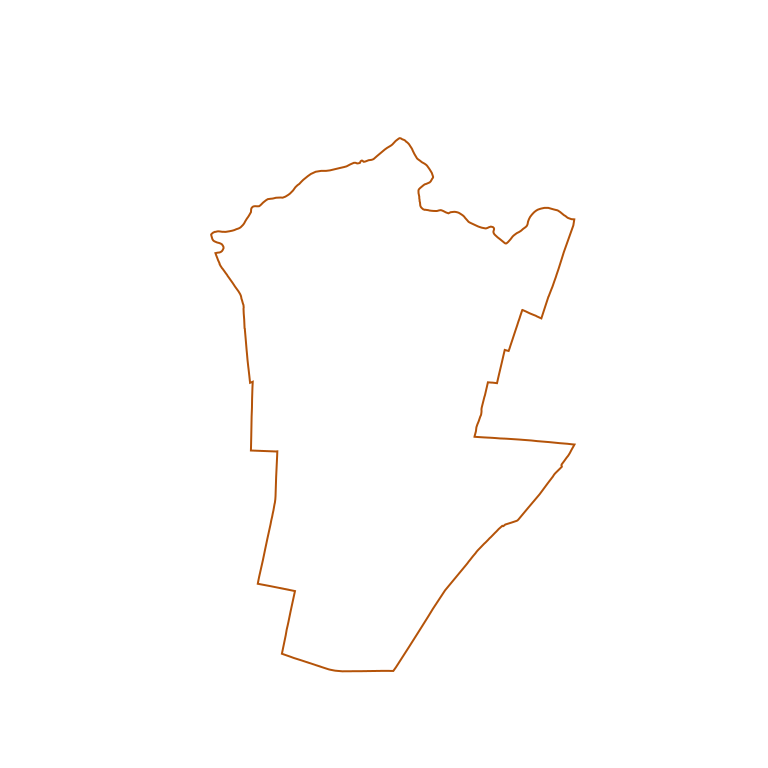 Targsoru Vechi, Prahova, Romania (Albers equal-area conic projection), rotated 140°
{"feature_id": "2599482B79986914365335", "entity_name": "Targsoru Vechi", "entity_type": "district", "adm_level": 2, "iso_a3": "ROU", "parent_name": "Romania", "parent_adm1": "Prahova", "projection": "albers", "projection_center": [25.907, 44.89], "detail": "fine", "context": "isolated", "style": "outline", "palette": "amber", "viewbox_px": 768, "rotation_deg": 140, "n_neighbors": 0, "source": "geoboundaries", "source_scale": "gbopen_adm2", "svg_char_len": 6154}
<svg xmlns="http://www.w3.org/2000/svg" viewBox="0 0 768 768"><g transform="rotate(140 384 384)"><path d="M429.0,592.6L429.9,590.2L430.8,587.5L431.5,585.6L432.4,582.3L432.6,581.8L432.8,581.7L432.9,581.4L433.1,580.4L433.3,579.8L433.3,579.1L433.6,577.2L433.6,575.5L434.0,570.4L434.1,568.3L434.2,567.9L434.3,567.5L434.4,565.9L435.0,558.6L435.5,554.4L435.9,548.7L436.4,545.4L436.9,543.7L437.5,542.4L438.3,541.1L438.9,539.5L440.1,536.9L440.4,536.2L440.9,534.8L441.7,533.7L442.1,533.0L443.2,532.0L446.2,528.1L449.7,523.2L455.0,516.3L455.1,515.7L455.9,514.7L460.8,507.7L467.5,498.2L469.7,495.0L473.2,490.0L476.8,484.6L477.7,483.2L482.0,476.7L484.5,473.0L485.8,471.0L483.1,470.1L487.1,465.8L494.6,457.4L500.4,450.7L506.3,444.2L519.2,429.4L526.3,421.3L528.7,418.6L510.3,401.9L509.0,401.0L511.9,397.8L526.3,382.2L539.1,367.9L541.3,365.6L543.9,363.2L545.0,362.4L550.0,358.2L552.6,356.2L554.8,354.4L558.0,352.0L561.3,349.3L572.6,340.6L581.9,333.3L586.7,329.5L590.0,326.9L594.2,323.7L603.4,316.7L607.3,313.6L609.1,312.1L601.4,302.7L585.3,282.6L601.8,269.8L610.1,263.2L613.2,260.8L616.3,258.5L620.9,254.6L635.6,243.0L633.0,238.6L631.2,235.6L629.2,232.1L625.5,226.3L612.5,205.3L609.8,201.0L609.0,199.9L606.6,196.9L605.6,195.7L600.4,190.5L599.1,189.5L587.1,179.5L568.3,164.2L561.3,158.2L556.7,159.4L538.7,165.0L536.1,165.8L516.6,172.0L499.2,177.6L491.2,180.3L469.8,186.7L435.4,193.0L433.0,193.6L431.8,193.8L426.6,194.9L422.4,195.6L421.4,195.9L419.1,196.3L412.4,197.0L409.6,197.3L408.5,197.3L405.2,197.6L402.0,198.0L400.9,198.0L397.8,198.3L395.0,198.6L392.4,198.8L389.2,199.2L388.2,199.2L384.6,199.3L384.5,199.0L384.4,198.8L384.1,198.6L383.9,198.4L382.0,198.4L381.4,198.4L380.5,198.0L375.2,195.8L372.4,194.7L370.6,194.0L370.0,193.8L369.4,193.7L368.1,193.8L360.9,195.1L353.1,196.5L335.7,199.5L322.4,202.7L314.8,204.4L314.1,204.5L313.4,204.8L312.4,205.1L311.2,205.4L309.6,205.6L302.2,206.2L301.0,206.3L300.9,206.4L300.7,206.6L300.6,206.8L300.4,207.6L300.1,207.9L299.3,208.3L297.0,208.8L291.4,210.2L288.9,210.7L285.9,211.7L282.8,213.0L278.8,214.5L277.0,215.2L278.7,216.9L282.0,220.4L287.4,225.7L294.7,233.2L303.4,241.8L307.5,246.1L310.8,249.3L316.3,254.7L325.8,263.8L330.2,267.8L332.4,270.0L335.8,273.3L341.5,278.6L345.6,282.5L348.6,285.4L348.4,285.6L344.1,288.6L343.2,289.4L341.1,291.4L340.8,291.6L338.5,293.0L335.4,294.6L331.3,297.1L329.6,297.9L329.1,298.3L328.4,298.9L327.2,300.0L326.6,300.7L325.5,302.1L324.2,303.2L315.5,309.5L313.9,310.5L303.3,318.5L301.3,316.5L299.9,315.2L296.9,312.0L289.9,317.3L280.1,324.6L273.6,329.5L269.6,332.5L268.6,331.0L267.3,329.2L265.2,330.4L263.0,331.8L257.3,335.3L248.9,340.5L244.3,343.3L241.0,345.4L238.1,347.1L236.4,348.2L230.5,351.8L230.3,351.7L230.0,351.0L228.7,348.4L226.9,344.4L224.9,340.6L223.9,338.8L223.5,337.7L221.8,334.1L221.3,333.1L210.1,340.1L201.9,345.2L201.7,345.2L194.8,349.0L192.5,350.2L187.5,353.2L183.4,355.6L181.4,356.9L180.7,357.3L176.1,360.1L165.1,367.1L161.7,369.3L137.0,383.8L132.4,387.8L132.9,388.3L134.4,389.7L136.3,392.9L136.7,394.2L137.0,396.0L137.6,397.6L138.5,402.5L139.4,405.4L141.6,408.4L145.0,413.4L147.9,415.8L150.9,417.4L152.3,418.0L154.2,418.7L156.0,419.0L158.1,419.1L159.5,419.0L161.8,418.7L164.6,418.1L167.0,417.1L169.3,415.8L171.2,414.2L172.7,413.4L174.0,413.2L175.2,413.2L177.8,413.4L180.4,413.3L182.8,413.6L185.3,414.2L186.8,414.3L189.1,414.4L190.7,414.3L194.2,413.5L197.8,413.0L199.4,413.0L199.8,413.0L200.1,413.2L200.5,413.5L200.8,414.0L201.0,414.7L201.1,415.4L202.1,420.6L202.7,423.3L203.1,426.4L203.2,427.8L203.1,428.4L202.9,429.3L202.6,429.8L202.5,430.1L202.0,430.6L200.6,431.5L200.0,432.0L199.6,432.9L199.6,433.3L199.7,434.1L200.3,435.0L201.0,435.9L202.0,436.3L203.0,436.7L204.3,437.0L205.3,437.4L206.0,437.7L207.2,439.1L208.7,441.0L209.9,442.9L210.7,444.3L214.0,451.4L214.7,453.0L215.0,454.0L215.0,455.9L215.1,459.3L215.0,460.7L215.1,461.5L215.3,462.8L216.1,465.4L216.6,466.9L217.2,468.0L217.7,468.7L218.3,469.5L219.1,470.4L220.0,471.1L222.6,472.8L224.9,473.3L226.2,475.5L227.4,478.4L228.3,480.1L228.9,480.8L230.2,481.6L231.6,482.2L232.4,482.6L234.9,484.8L236.2,486.1L237.7,487.7L238.2,488.5L238.9,489.3L240.4,491.0L240.8,491.2L241.3,492.0L241.7,492.7L242.0,494.7L242.0,495.5L241.9,496.2L241.7,496.9L241.5,497.4L239.7,500.0L239.4,500.7L239.2,501.2L238.7,501.8L238.5,502.0L237.6,503.6L236.6,504.8L235.5,506.8L235.0,507.8L234.4,508.6L233.3,510.0L232.4,510.6L231.5,510.8L230.2,510.9L226.4,510.9L224.6,510.8L222.9,510.1L219.5,509.1L218.0,509.2L215.0,510.3L213.8,510.6L213.3,511.0L212.9,511.9L211.7,515.0L211.3,517.5L211.0,519.7L210.7,523.6L210.8,524.7L211.3,526.7L212.4,529.5L212.9,532.0L213.5,534.3L213.7,535.5L212.9,540.5L212.4,542.6L211.9,544.6L211.5,545.7L211.2,547.5L211.0,549.4L210.8,550.8L210.7,551.9L210.9,554.1L211.3,555.5L211.3,556.8L211.8,558.2L212.7,559.7L213.2,561.3L213.9,562.2L214.8,562.5L218.8,562.7L223.7,562.1L225.6,562.2L229.9,562.9L232.6,563.1L242.9,563.1L247.3,563.0L248.1,563.2L249.4,563.7L251.0,564.7L251.9,565.3L254.3,566.1L255.6,566.6L256.5,567.1L256.8,567.4L256.9,568.5L257.1,569.1L257.5,569.5L257.9,569.6L258.3,569.6L258.9,569.6L259.5,569.3L260.1,568.9L260.3,568.9L260.9,569.1L261.5,569.4L262.5,570.0L262.9,570.4L263.5,571.6L264.0,572.1L264.9,572.8L268.6,573.9L271.9,574.6L272.8,574.8L275.2,575.9L278.7,577.7L288.1,582.4L291.2,584.4L295.2,587.7L299.9,590.5L305.0,591.9L308.8,592.2L314.6,592.3L317.1,592.1L320.3,591.7L322.4,591.9L325.4,591.7L329.3,590.7L333.7,590.3L335.6,590.4L339.1,590.9L341.9,591.9L343.2,593.2L347.0,596.1L349.5,597.3L350.7,598.0L351.5,598.6L354.2,600.3L356.3,600.6L359.9,600.7L363.1,600.4L365.2,600.4L366.3,601.1L368.6,603.2L369.8,603.9L370.5,604.1L371.3,604.1L372.4,603.9L373.4,603.3L375.4,601.2L378.1,600.2L380.4,599.4L382.8,598.8L385.5,597.9L388.0,596.9L389.8,596.5L393.1,596.2L394.6,596.4L395.9,596.8L397.6,597.5L399.7,598.1L401.7,599.0L404.3,600.4L407.5,602.3L410.3,604.8L411.7,606.4L412.8,607.5L413.7,608.1L415.2,608.8L415.8,609.3L417.6,609.8L419.5,609.8L420.3,609.6L420.7,609.0L422.3,605.4L422.5,604.2L422.5,603.3L422.1,602.1L420.9,599.7L419.6,597.9L418.9,596.6L418.4,595.3L418.5,593.6L418.9,592.1L419.6,591.2L421.0,590.5L422.5,590.0L423.8,590.0L425.3,590.4L427.1,591.6L429.0,592.6Z" fill="none" stroke="#b45309" stroke-width="2"/></g></svg>